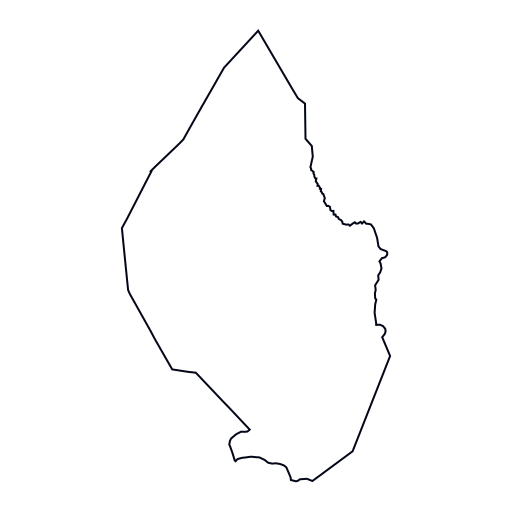 the district of San Miguel Tlacotepec, Oaxaca, Mexico
{"feature_id": "50627088B15325510278306", "entity_name": "San Miguel Tlacotepec", "entity_type": "district", "adm_level": 2, "iso_a3": "MEX", "parent_name": "Mexico", "parent_adm1": "Oaxaca", "projection": "robinson", "projection_center": [-98.0, 17.447], "detail": "fine", "context": "isolated", "style": "outline", "palette": "ink", "viewbox_px": 512, "rotation_deg": 0, "n_neighbors": 0, "source": "geoboundaries", "source_scale": "gbopen_adm2", "svg_char_len": 2063}
<svg xmlns="http://www.w3.org/2000/svg" viewBox="0 0 512 512"><path d="M235.5,461.2L237.5,459.1L242.1,457.8L245.2,457.5L248.7,457.0L251.2,456.7L256.2,457.2L259.4,457.4L264.6,459.9L268.1,462.7L272.1,463.6L275.9,463.3L280.1,464.0L283.7,465.3L286.3,467.3L288.3,471.9L290.6,477.4L290.9,480.0L296.0,481.3L297.9,480.8L298.8,480.1L299.9,479.3L306.9,478.8L312.4,481.0L352.6,451.3L390.1,356.0L382.2,337.2L384.8,333.9L385.6,331.3L385.2,328.7L382.9,326.0L379.7,324.7L376.2,324.9L376.1,322.7L374.6,312.8L375.2,304.4L376.3,299.7L375.2,298.4L374.9,293.2L375.7,290.0L375.1,285.3L378.6,279.8L378.2,275.4L380.2,272.3L381.5,268.4L380.6,263.5L379.4,261.4L382.0,258.1L383.6,257.8L385.2,257.2L386.1,256.2L387.1,254.9L387.3,252.9L386.7,251.5L385.5,250.9L380.7,249.1L378.5,246.5L377.1,237.9L373.8,228.2L371.0,224.5L368.7,223.9L366.2,223.7L364.0,221.4L362.0,223.5L360.6,221.9L357.7,223.6L355.9,223.5L354.8,222.3L353.1,223.3L349.9,225.7L348.6,224.5L346.1,224.6L342.7,223.7L342.2,221.5L340.9,220.0L338.7,218.9L338.1,217.2L336.0,216.4L335.5,214.6L333.7,214.6L333.4,210.9L332.0,211.1L330.4,210.0L330.0,206.9L328.5,205.9L326.8,206.0L323.9,201.2L324.8,198.1L323.3,194.0L323.0,193.9L322.3,193.6L321.8,192.2L320.8,191.3L321.1,189.0L319.9,188.8L320.0,187.7L319.5,187.0L319.2,186.5L318.7,185.7L317.5,185.8L317.7,183.9L315.8,181.5L316.0,180.0L316.4,178.5L315.3,178.4L314.5,177.0L314.2,174.7L313.4,173.3L313.5,172.9L313.7,172.0L311.0,169.8L311.1,168.6L310.4,167.1L310.8,165.6L311.8,160.9L312.8,156.7L312.3,151.6L311.8,146.0L305.5,138.8L305.0,103.6L298.8,98.9L297.9,98.2L292.3,88.9L280.7,69.1L258.2,30.7L224.1,67.6L216.6,80.7L216.3,81.3L201.8,106.6L189.6,128.2L183.3,139.5L178.8,144.1L155.4,166.5L150.8,171.1L151.4,171.4L146.2,181.4L127.0,218.8L121.9,228.1L124.7,256.4L128.1,290.0L129.8,293.9L150.8,331.4L154.7,338.8L172.2,369.4L188.4,371.9L195.8,372.7L222.7,401.1L228.8,407.4L249.7,429.6L247.5,431.5L245.1,431.8L241.1,431.7L236.2,434.2L233.5,436.5L231.1,438.5L229.9,441.0L229.3,444.5L230.5,447.5L231.9,451.4L232.8,454.1L234.7,460.4L235.5,461.2Z" fill="none" stroke="#020617" stroke-width="2"/></svg>